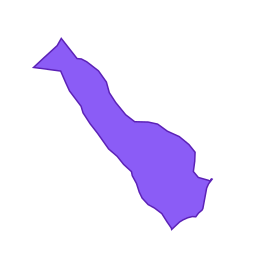 SVG path tracing the border of Al Jabal al Akhdar, rotated 143°
{"feature_id": "LBY-2982", "entity_name": "Al Jabal al Akhdar", "entity_type": "Municipality", "adm_level": 1, "iso_a3": "LBY", "parent_name": "Libya", "parent_adm1": "", "projection": "robinson", "projection_center": [21.714, 32.008], "detail": "fine", "context": "isolated", "style": "filled", "palette": "violet", "viewbox_px": 256, "rotation_deg": 143, "n_neighbors": 0, "source": "natural_earth", "source_scale": "10m", "svg_char_len": 864}
<svg xmlns="http://www.w3.org/2000/svg" viewBox="0 0 256 256"><g transform="rotate(143 128 128)"><path d="M91.6,36.5L97.3,34.9L101.3,32.7L116.6,18.7L118.1,17.9L122.9,17.6L127.3,16.3L130.0,18.6L134.4,20.4L139.2,21.5L143.3,21.9L154.2,20.7L153.6,22.2L153.3,29.5L152.5,39.3L155.0,48.1L158.0,54.7L158.9,63.5L157.6,70.0L154.6,78.6L153.3,87.3L151.5,91.1L153.4,101.5L153.7,111.9L156.1,122.9L155.5,142.0L155.7,154.0L154.8,167.1L152.4,173.6L152.4,192.8L150.5,201.5L147.5,214.0L167.0,233.2L152.9,234.7L135.0,236.4L127.4,239.7L126.9,214.1L123.7,211.2L121.1,205.7L117.2,191.4L117.6,177.7L121.7,167.4L122.5,155.9L121.9,140.0L118.9,129.0L108.3,120.6L102.0,113.3L98.5,101.8L92.2,90.2L89.3,78.1L89.0,68.3L94.7,61.3L102.0,53.9L101.6,46.2L95.3,37.9L94.6,36.4L94.4,36.5L93.5,36.6L92.6,37.1L91.8,37.0L91.6,36.5L91.6,36.5Z" fill="#8b5cf6" stroke="#5b21b6" stroke-width="1.5"/></g></svg>